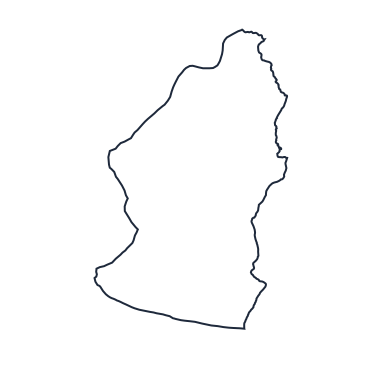 Phaxay, Xiangkhoang, Laos (Equal Earth projection), rotated 256°
{"feature_id": "54806243B24491870004001", "entity_name": "Phaxay", "entity_type": "district", "adm_level": 2, "iso_a3": "LAO", "parent_name": "Laos", "parent_adm1": "Xiangkhoang", "projection": "equal_earth", "projection_center": [103.113, 19.269], "detail": "fine", "context": "isolated", "style": "outline", "palette": "slate", "viewbox_px": 384, "rotation_deg": 256, "n_neighbors": 0, "source": "geoboundaries", "source_scale": "gbopen_adm2", "svg_char_len": 6004}
<svg xmlns="http://www.w3.org/2000/svg" viewBox="0 0 384 384"><g transform="rotate(256 192 192)"><path d="M310.1,291.9L310.8,291.1L311.3,290.8L313.2,290.6L316.9,291.2L317.7,291.6L318.1,292.0L318.6,292.2L319.0,292.6L319.9,294.5L320.3,295.0L320.7,295.7L321.0,297.5L321.3,298.2L321.8,298.5L322.2,298.8L322.3,299.1L322.5,299.3L322.5,299.2L323.0,298.4L323.6,298.0L324.5,297.5L325.2,297.4L326.0,297.6L326.7,297.6L327.1,297.4L327.4,297.1L327.6,296.4L327.7,295.7L327.9,294.9L328.3,294.5L329.5,294.0L330.5,293.1L330.9,292.6L331.1,292.0L331.2,290.5L331.4,289.8L331.6,289.4L332.6,288.9L333.1,288.5L333.2,287.6L333.1,286.7L333.1,286.1L333.8,285.0L333.9,284.2L334.0,282.9L334.1,282.4L334.4,282.0L334.8,281.6L336.9,280.4L337.3,280.0L337.2,279.9L336.8,275.6L335.4,270.0L333.5,263.2L331.6,260.6L328.6,258.1L321.9,256.0L318.5,254.5L312.4,250.8L310.5,249.1L308.7,247.3L307.7,244.4L307.2,242.4L307.8,239.1L309.4,232.6L311.2,228.9L313.2,225.3L314.3,223.2L314.8,220.3L313.8,216.3L312.5,213.9L310.5,211.4L307.3,206.8L303.0,203.0L300.4,200.8L298.1,199.0L294.3,196.5L289.5,193.8L286.4,190.6L283.3,186.5L282.5,184.4L279.7,178.5L277.3,174.4L273.6,166.9L271.7,163.5L269.8,160.6L265.3,154.1L263.6,150.7L261.9,148.8L259.0,145.8L258.4,143.3L257.2,138.8L256.7,134.6L254.6,131.1L252.5,128.4L251.7,122.2L246.1,119.3L238.7,118.1L235.5,118.1L233.9,119.3L230.3,121.4L225.2,121.9L222.6,123.1L215.3,125.6L209.8,126.9L204.8,127.1L201.3,128.1L198.6,125.9L194.3,123.2L189.7,122.2L181.6,124.8L177.3,126.0L171.5,128.8L168.8,130.4L166.2,128.5L163.6,126.1L159.2,123.6L156.9,121.8L153.2,115.5L151.4,113.2L150.0,109.9L148.4,107.4L145.7,101.9L142.8,97.4L142.0,92.2L141.3,88.7L141.4,84.4L140.7,80.8L137.7,79.7L135.2,79.8L133.1,78.7L132.1,76.6L128.3,76.6L124.6,77.8L123.3,79.5L122.3,80.1L117.5,81.7L113.6,83.7L111.2,85.5L109.5,87.1L108.3,88.6L107.4,90.0L106.0,91.8L105.0,92.8L103.9,94.5L102.3,96.5L100.9,98.1L98.8,100.8L94.8,105.7L93.1,108.1L90.5,112.4L85.9,122.1L84.4,125.6L82.9,128.3L80.3,134.2L78.8,136.7L76.9,140.3L74.1,143.0L73.7,143.9L72.8,145.4L70.3,150.3L68.9,153.8L66.9,159.3L65.3,163.5L61.9,170.0L57.8,178.5L55.6,184.6L53.3,189.9L51.4,195.0L50.0,199.4L48.2,205.4L46.7,209.7L47.0,209.7L49.7,210.3L51.5,210.8L52.4,211.3L53.3,212.2L54.6,213.0L55.7,214.0L57.1,214.9L58.2,216.1L59.1,216.5L59.5,217.0L60.4,217.5L61.3,218.2L61.7,218.7L62.4,219.8L63.6,221.1L64.0,222.0L65.3,223.7L66.2,224.0L67.3,224.7L68.3,225.9L68.9,226.1L69.2,226.3L69.8,227.0L70.1,227.3L70.7,227.5L71.6,228.3L73.0,228.8L75.5,231.4L76.1,232.3L76.8,233.0L77.7,233.6L77.9,233.9L78.7,235.0L80.1,237.3L82.3,240.2L83.1,240.8L83.9,241.2L84.6,241.4L84.9,241.4L85.3,241.3L86.7,240.2L87.5,239.4L88.2,238.4L88.9,236.5L89.1,236.2L89.5,235.8L89.9,235.6L90.7,235.5L91.4,234.8L92.1,233.8L92.7,233.3L93.2,233.2L93.6,232.7L94.1,232.4L94.4,231.9L94.8,231.7L95.5,231.4L96.0,231.3L96.5,231.0L96.8,231.0L97.2,230.7L97.6,230.3L98.0,230.0L99.8,229.7L100.8,230.3L101.4,230.9L101.8,231.7L102.1,232.5L102.4,233.3L103.1,233.8L103.5,233.9L104.5,233.9L105.4,233.8L106.5,233.9L107.2,233.8L108.1,234.2L108.6,234.8L108.9,235.6L109.3,236.1L109.6,236.9L111.1,239.0L112.4,239.9L113.3,240.2L114.0,241.0L118.0,241.7L120.1,242.3L121.3,242.5L125.3,242.6L126.3,242.4L127.2,242.6L128.4,242.4L130.9,242.2L134.2,242.3L135.3,242.5L136.4,243.0L137.5,243.4L140.3,243.7L143.9,243.4L147.9,242.6L149.0,242.6L149.9,243.0L150.6,243.6L151.6,244.0L152.2,245.4L152.1,246.3L153.7,248.1L154.6,248.4L155.8,249.1L157.2,250.9L158.4,251.8L160.6,252.6L162.0,253.3L163.4,253.8L165.7,258.0L167.1,259.4L169.4,261.3L171.1,263.0L172.6,263.4L174.9,264.3L176.1,265.4L179.1,268.6L180.5,271.1L181.0,272.2L181.3,274.2L181.3,277.0L181.7,279.0L182.2,280.5L182.7,281.3L182.5,282.1L182.7,282.9L183.1,283.6L183.8,284.4L184.7,285.2L186.5,285.4L188.5,286.8L190.0,288.1L192.4,289.4L196.3,289.5L197.6,289.7L199.0,290.7L202.1,292.6L202.2,292.4L202.3,291.8L202.5,291.4L202.8,291.2L203.3,290.9L203.5,290.6L203.7,289.6L203.7,288.2L203.7,287.9L204.1,287.2L204.4,286.3L204.9,284.6L205.2,284.2L205.3,284.0L205.9,283.8L207.3,283.8L208.1,284.0L208.5,284.0L209.4,285.7L209.7,286.2L210.1,286.6L210.4,286.9L210.7,287.0L211.5,287.0L211.8,287.5L212.2,287.7L212.3,287.9L212.3,288.1L212.2,288.6L212.1,288.9L212.3,289.0L212.5,289.0L212.8,289.0L213.3,288.7L213.6,288.5L213.7,288.1L213.7,287.3L213.8,287.1L214.3,287.1L215.3,287.2L215.6,287.1L216.4,286.4L216.6,286.4L216.8,286.4L217.1,286.6L217.5,287.1L218.0,286.9L218.6,286.0L219.0,285.7L219.7,285.5L220.2,285.4L220.5,285.5L221.3,285.9L221.7,286.3L222.4,286.3L222.7,286.4L224.1,287.3L224.6,287.4L226.1,287.4L226.6,287.2L227.1,287.1L228.2,287.4L228.8,287.5L229.3,287.7L230.6,288.3L231.1,288.5L231.9,288.4L232.2,288.4L232.5,288.6L232.8,288.8L233.1,289.5L233.3,289.6L233.7,289.3L233.9,289.3L234.6,289.6L235.1,289.7L235.5,289.6L236.5,288.9L236.9,288.8L237.2,288.8L238.1,289.0L239.0,289.0L239.6,289.5L240.5,290.0L241.2,290.6L242.1,290.9L242.9,292.0L243.0,291.9L243.7,292.3L245.7,294.1L249.8,298.3L251.2,299.3L252.0,300.8L252.9,301.8L253.5,302.3L254.9,303.1L256.7,304.4L257.9,305.2L259.4,305.9L261.5,307.3L262.1,307.4L262.5,307.4L262.9,306.9L263.0,305.9L263.2,305.5L263.3,305.4L264.2,305.6L265.4,305.1L265.9,304.7L266.4,304.2L266.6,303.9L266.8,303.4L267.0,303.1L267.6,302.5L267.9,302.4L268.3,302.5L268.6,302.4L269.0,302.3L270.1,302.4L270.9,301.5L271.2,301.5L272.1,301.5L272.6,301.4L273.6,301.6L274.3,301.6L274.4,301.8L274.7,301.9L275.2,301.9L275.6,301.8L277.0,301.1L277.8,300.2L278.7,299.8L279.1,300.0L279.2,300.4L279.6,300.9L279.9,301.1L280.4,301.3L280.9,301.0L281.3,301.0L281.9,300.5L282.2,300.4L283.0,300.4L284.3,299.5L284.8,299.2L285.3,299.2L285.9,299.4L286.8,299.4L287.5,299.6L288.4,299.6L289.5,299.5L290.8,298.4L291.4,298.2L291.6,298.2L292.3,298.7L292.8,298.6L293.0,298.7L293.6,298.6L293.9,298.8L294.5,299.0L295.1,299.3L295.6,299.9L295.9,299.9L296.1,299.8L296.4,300.0L297.0,300.0L298.5,299.3L299.6,298.1L300.5,296.3L301.1,295.3L301.4,294.7L302.1,294.0L302.7,292.5L303.4,291.9L304.3,291.7L306.2,291.7L306.8,292.1L307.8,292.5L308.0,292.5L308.7,292.7L309.3,292.5L310.1,291.9Z" fill="none" stroke="#1e293b" stroke-width="2"/></g></svg>